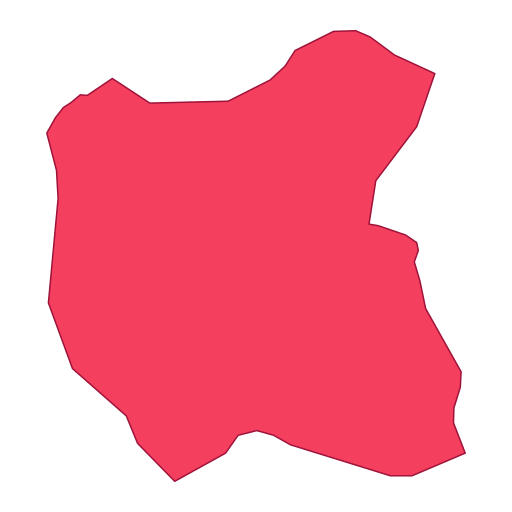 outline of Grosuplje
{"feature_id": "SVN-950", "entity_name": "Grosuplje", "entity_type": "Municipality", "adm_level": 1, "iso_a3": "SVN", "parent_name": "Slovenia", "parent_adm1": "", "projection": "natural_earth1", "projection_center": [14.681, 45.943], "detail": "fine", "context": "isolated", "style": "filled", "palette": "rose", "viewbox_px": 512, "rotation_deg": 0, "n_neighbors": 0, "source": "natural_earth", "source_scale": "10m", "svg_char_len": 674}
<svg xmlns="http://www.w3.org/2000/svg" viewBox="0 0 512 512"><path d="M434.8,73.6L416.7,126.7L375.8,180.7L369.0,224.1L378.3,225.7L405.7,235.1L416.7,242.6L418.3,250.5L414.3,261.9L420.0,281.3L425.6,308.5L461.1,371.8L460.3,387.3L453.9,407.9L453.5,422.9L465.2,453.1L411.9,475.8L390.4,475.8L290.7,444.9L273.4,435.2L256.7,430.6L238.1,435.3L225.6,453.1L174.7,481.3L137.6,443.4L126.3,415.9L72.5,368.6L48.4,302.9L58.1,198.5L56.5,170.4L46.8,133.1L55.3,117.9L63.4,107.5L71.0,102.6L80.3,94.8L87.2,95.4L112.3,78.5L149.8,103.1L228.1,101.2L270.1,80.0L285.1,66.1L295.1,50.5L333.5,31.4L355.6,30.7L370.2,37.0L394.4,55.0L434.8,73.6Z" fill="#f43f5e" stroke="#9f1239" stroke-width="1.5"/></svg>